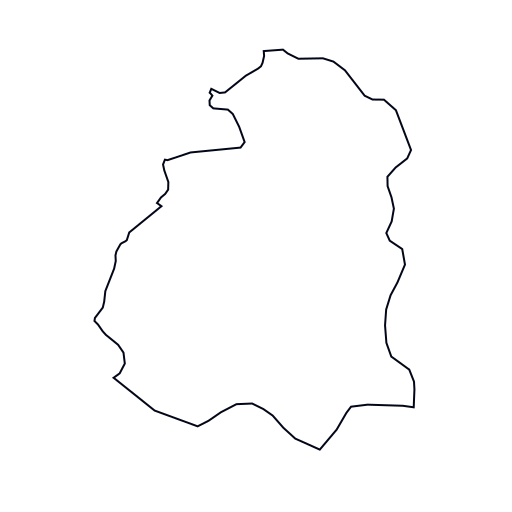 the Province of Nayala, rotated 81°
{"feature_id": "BFA-2807", "entity_name": "Nayala", "entity_type": "Province", "adm_level": 1, "iso_a3": "BFA", "parent_name": "Burkina Faso", "parent_adm1": "", "projection": "orthographic", "projection_center": [-3.069, 12.674], "detail": "fine", "context": "isolated", "style": "outline", "palette": "ink", "viewbox_px": 512, "rotation_deg": 81, "n_neighbors": 0, "source": "natural_earth", "source_scale": "10m", "svg_char_len": 1366}
<svg xmlns="http://www.w3.org/2000/svg" viewBox="0 0 512 512"><g transform="rotate(81 256 256)"><path d="M457.2,223.3L442.5,245.8L430.0,255.8L416.2,264.5L408.3,272.7L401.1,282.9L399.3,298.5L404.8,315.0L411.3,328.6L415.1,340.3L392.8,380.3L354.0,415.7L350.6,409.0L341.7,402.4L330.7,402.0L322.1,406.1L310.4,416.6L306.4,419.2L299.1,422.7L294.9,425.7L292.0,424.8L283.0,415.4L277.4,413.1L267.1,410.3L246.3,398.1L239.0,395.3L233.4,394.7L229.7,393.2L223.3,388.2L222.4,386.9L221.0,382.6L220.1,381.1L212.9,377.5L192.0,341.6L188.2,345.5L183.3,340.7L180.5,336.0L176.7,332.4L169.2,331.0L157.0,333.2L151.1,333.5L146.6,330.9L147.5,328.4L143.5,304.4L146.5,254.3L141.7,249.4L125.8,252.4L112.1,256.7L107.0,260.9L103.5,275.1L99.8,278.1L95.1,277.6L90.8,274.0L88.2,275.6L87.5,276.2L83.9,274.0L89.3,266.4L89.6,261.0L76.3,237.8L71.3,224.8L69.4,221.4L66.2,219.3L59.7,216.7L54.8,216.3L56.4,197.1L60.9,193.0L67.8,183.3L71.2,159.0L76.1,149.1L86.5,139.1L114.7,123.6L119.7,116.4L121.6,105.2L133.9,95.0L175.6,86.3L183.3,91.4L190.4,104.2L198.3,113.8L207.6,115.1L219.3,113.0L230.8,112.4L243.1,116.6L253.7,123.7L261.8,121.5L272.0,110.5L287.8,110.2L304.2,120.4L315.8,129.2L329.2,135.8L344.7,139.4L362.2,140.8L376.5,138.1L392.2,122.4L404.8,119.6L412.6,120.4L430.1,123.9L426.9,134.4L420.3,169.0L419.7,185.7L425.0,191.2L440.1,203.5L457.2,223.3Z" fill="none" stroke="#020617" stroke-width="2"/></g></svg>